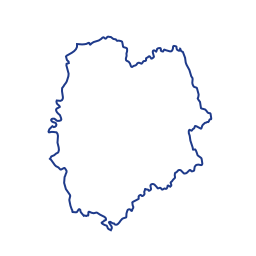 SVG path tracing the border of Vinnytsya, rotated 75°
{"feature_id": "UKR-323", "entity_name": "Vinnytsya", "entity_type": "Region", "adm_level": 1, "iso_a3": "UKR", "parent_name": "Ukraine", "parent_adm1": "", "projection": "natural_earth1", "projection_center": [28.815, 48.941], "detail": "fine", "context": "isolated", "style": "outline", "palette": "blue", "viewbox_px": 256, "rotation_deg": 75, "n_neighbors": 0, "source": "natural_earth", "source_scale": "10m", "svg_char_len": 5799}
<svg xmlns="http://www.w3.org/2000/svg" viewBox="0 0 256 256"><g transform="rotate(75 128 128)"><path d="M51.5,171.3L50.1,170.7L50.0,168.4L48.5,168.2L46.7,169.3L45.8,169.4L42.9,169.4L42.3,168.6L40.8,162.8L39.8,160.1L38.4,157.9L36.5,156.3L33.7,155.5L35.4,150.7L35.8,148.5L36.0,146.4L35.6,144.6L35.6,143.8L35.8,143.5L36.1,143.3L37.3,143.3L37.6,143.0L37.7,142.7L36.9,141.4L36.5,140.2L36.1,139.0L35.9,133.6L35.0,130.8L34.2,129.4L34.0,128.4L34.4,127.8L35.4,127.2L35.7,126.8L35.9,126.4L35.7,125.8L34.8,124.6L34.6,123.8L34.7,123.3L35.1,122.6L35.7,121.0L38.2,119.1L39.2,116.9L40.5,116.3L41.0,115.9L41.1,114.8L41.4,113.9L42.3,112.2L43.1,111.4L44.7,111.4L48.1,111.7L48.7,111.4L50.1,109.1L50.6,108.6L51.1,108.4L52.7,108.7L53.8,109.1L55.6,110.2L58.0,110.7L60.0,111.9L60.8,112.2L62.0,112.3L62.7,111.9L64.0,110.4L64.6,110.0L66.2,109.4L68.9,109.2L69.7,108.9L70.0,108.5L70.1,108.2L69.5,106.4L69.5,105.3L69.4,104.3L69.0,103.4L68.0,102.3L67.7,101.2L67.8,100.5L68.4,99.5L69.0,98.9L69.3,98.4L69.3,98.1L68.8,97.3L67.8,96.2L67.5,95.6L67.7,93.9L67.5,93.3L67.0,92.9L65.8,92.7L65.3,92.4L65.1,91.8L64.9,90.8L64.3,89.6L64.2,89.0L64.3,88.7L64.6,88.4L67.0,87.5L67.1,86.9L66.7,85.7L66.3,84.9L65.8,84.5L61.5,84.5L60.7,84.3L60.0,83.9L59.8,83.6L59.7,83.0L59.8,82.6L60.2,82.1L61.4,81.2L61.5,81.0L61.1,80.6L59.1,79.3L58.8,78.3L58.9,77.0L59.3,76.0L60.4,75.8L61.4,76.2L61.8,76.2L62.3,75.9L62.9,75.1L63.1,74.6L63.1,74.2L61.9,73.1L61.7,72.7L61.8,72.4L62.6,71.4L64.7,67.9L65.1,66.7L64.9,65.8L64.1,64.9L63.0,64.1L61.3,63.5L60.7,63.0L60.6,62.5L60.7,62.1L61.5,60.6L62.0,60.2L64.0,60.5L65.1,60.3L66.2,59.3L66.6,58.7L66.6,58.3L66.5,58.1L64.9,57.1L65.0,57.0L66.6,56.9L67.6,56.6L68.8,55.3L75.0,54.7L79.7,55.3L82.0,55.1L87.8,53.7L94.5,53.5L96.5,52.8L97.7,53.0L101.0,54.2L102.4,54.3L103.9,54.1L105.0,53.8L105.5,53.3L106.8,51.4L107.0,51.2L107.8,51.1L113.9,51.1L114.5,51.3L116.3,52.1L117.5,53.0L118.9,52.7L121.5,51.7L127.1,52.3L127.8,52.3L128.3,51.8L129.1,50.3L130.1,48.7L131.3,48.0L133.5,47.1L134.3,46.5L135.0,44.9L135.3,44.7L135.8,44.6L140.2,45.1L140.9,45.4L141.0,45.7L140.8,46.4L140.9,46.8L141.3,47.3L142.5,48.2L143.0,49.0L142.7,49.8L143.0,51.0L143.0,52.4L143.2,52.8L144.3,54.9L144.9,55.6L147.3,57.2L147.5,57.6L147.4,57.9L144.1,61.4L143.5,62.5L143.6,62.9L145.2,64.0L145.5,64.4L145.9,65.7L146.9,66.9L147.0,67.4L146.8,67.7L145.8,68.8L145.7,69.1L146.0,69.6L146.7,70.1L148.8,70.6L151.4,70.4L156.3,71.0L163.7,70.6L165.5,70.8L165.8,70.7L166.1,68.7L166.7,68.4L167.5,68.2L170.5,67.9L171.7,67.9L172.3,67.8L173.0,67.4L175.7,65.2L176.4,64.9L178.1,65.0L181.5,65.4L182.5,65.9L182.8,66.6L182.7,67.2L181.6,69.4L181.4,70.9L181.5,71.9L182.0,72.7L182.9,73.7L186.1,75.1L186.3,75.4L186.5,76.5L186.4,77.6L185.9,78.1L184.9,78.5L184.7,78.8L184.6,79.4L186.4,82.6L186.7,83.3L186.7,84.4L186.6,85.2L186.3,85.8L182.6,87.9L182.2,88.4L181.9,89.1L181.8,90.2L183.2,92.5L183.4,93.0L183.4,93.7L183.6,94.1L184.0,94.4L185.8,95.1L187.7,95.3L188.4,95.7L189.6,97.8L190.9,99.4L191.5,100.7L191.7,100.9L192.2,101.0L194.2,100.9L194.9,101.2L195.6,102.4L194.0,104.0L194.0,104.6L195.7,105.5L196.5,106.4L196.6,106.8L196.6,107.2L195.9,108.3L195.9,108.6L196.4,110.5L196.3,110.9L196.1,111.2L194.4,112.0L194.1,112.4L194.0,112.9L194.1,114.3L194.0,114.8L193.8,115.0L192.5,115.5L189.5,117.1L188.7,118.1L188.5,118.6L188.4,119.2L188.5,120.2L189.1,121.0L189.7,121.3L192.7,121.5L193.3,121.8L193.8,122.5L194.1,123.7L194.0,124.1L192.9,124.5L192.6,124.9L192.1,126.1L191.4,127.0L191.4,127.3L192.9,128.1L193.9,128.9L195.4,129.0L196.1,129.2L197.0,130.2L197.4,131.3L197.4,131.7L197.3,132.1L196.2,132.8L195.9,133.2L196.1,134.4L196.5,135.1L197.0,135.5L199.1,136.0L199.4,136.8L200.6,142.3L201.0,143.1L203.8,143.5L205.7,143.3L206.1,143.5L206.6,143.7L207.6,144.8L208.7,145.4L209.0,145.7L209.0,146.0L208.9,146.2L207.4,146.9L206.9,147.6L206.8,148.5L207.0,149.4L207.9,150.2L210.2,151.6L213.3,152.6L213.8,152.9L213.9,153.2L214.0,156.1L214.3,157.2L215.7,159.3L216.9,160.7L218.0,162.4L218.4,163.6L218.4,164.0L218.3,164.7L217.8,165.6L217.3,166.0L216.6,166.2L216.1,167.4L215.7,167.9L214.1,169.3L213.9,170.3L214.0,170.6L214.2,170.8L215.1,170.7L218.4,169.5L219.5,169.3L220.6,169.6L222.3,171.0L220.6,172.9L219.7,173.4L217.3,173.7L216.8,173.9L215.6,175.7L214.1,177.3L213.3,177.9L212.8,178.0L212.3,177.3L211.8,175.5L211.2,174.8L211.2,174.4L211.3,173.7L211.2,173.4L210.9,173.0L209.8,172.8L208.8,173.0L207.6,173.9L204.4,177.5L201.9,179.7L201.5,180.5L201.5,182.1L201.4,183.3L200.4,185.2L199.0,186.9L198.8,187.4L199.0,187.9L199.3,188.1L201.9,188.9L202.2,189.2L201.9,190.0L202.2,190.8L202.2,191.1L201.2,192.7L201.4,193.4L197.3,195.3L196.0,195.5L194.9,195.3L194.1,195.7L193.8,196.1L193.8,196.4L193.9,196.7L195.7,198.8L196.0,199.3L196.0,199.7L195.9,200.3L194.8,203.3L194.4,203.4L193.1,203.1L192.1,203.4L188.2,203.7L182.9,203.4L182.0,203.2L178.7,201.4L177.6,201.4L170.9,203.8L164.5,203.9L159.1,202.0L158.6,201.7L157.9,201.0L156.7,200.3L154.9,198.9L153.8,198.5L153.3,198.5L150.7,199.3L150.2,199.7L150.1,200.0L150.2,200.7L150.8,203.2L150.7,203.8L150.5,204.1L148.0,205.5L146.3,207.4L144.8,208.3L138.9,210.5L137.6,211.4L137.2,210.8L136.0,209.8L135.6,209.3L135.2,206.4L134.1,204.1L133.7,202.2L133.2,201.5L131.3,200.4L128.8,200.0L123.9,199.9L117.5,197.7L115.3,197.6L113.7,198.2L112.4,201.4L111.9,203.3L111.9,204.8L111.6,205.6L110.9,205.7L109.5,204.8L108.7,204.1L106.7,200.6L107.9,199.5L107.9,198.1L107.3,196.9L106.2,196.3L104.6,196.5L103.7,197.5L102.9,198.9L101.8,199.9L100.4,200.2L99.6,199.4L99.5,198.2L99.9,196.9L101.0,195.8L102.0,195.3L102.8,194.5L103.3,192.6L103.2,190.9L102.4,190.2L101.2,190.1L98.0,190.4L95.7,191.9L94.2,192.6L92.6,192.9L91.4,192.6L90.7,191.6L90.4,189.9L89.9,188.4L88.8,188.6L86.6,190.1L85.5,190.4L84.0,190.3L83.0,189.7L84.3,186.2L84.0,184.6L82.8,183.4L81.4,182.9L75.2,182.2L72.4,181.3L70.8,179.2L70.3,178.8L68.1,176.0L67.0,175.0L62.6,172.2L60.2,171.3L51.5,171.3Z" fill="none" stroke="#1e3a8a" stroke-width="2"/></g></svg>